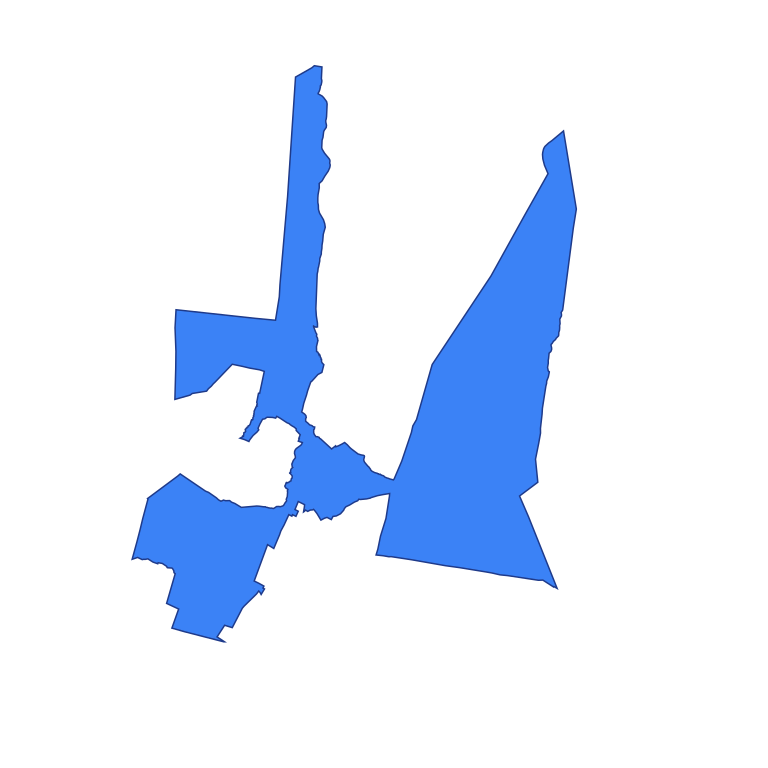 Tianguistenco, México, Mexico, rotated 285°
{"feature_id": "50627088B72172195949550", "entity_name": "Tianguistenco", "entity_type": "district", "adm_level": 2, "iso_a3": "MEX", "parent_name": "Mexico", "parent_adm1": "México", "projection": "robinson", "projection_center": [-99.437, 19.162], "detail": "fine", "context": "isolated", "style": "filled", "palette": "blue", "viewbox_px": 768, "rotation_deg": 285, "n_neighbors": 0, "source": "geoboundaries", "source_scale": "gbopen_adm2", "svg_char_len": 6154}
<svg xmlns="http://www.w3.org/2000/svg" viewBox="0 0 768 768"><g transform="rotate(285 384 384)"><path d="M216.8,420.6L217.9,427.7L218.4,433.4L219.1,435.6L221.4,456.3L224.4,490.3L226.2,504.6L228.9,531.5L229.4,537.3L229.7,545.6L230.9,552.8L234.4,584.0L235.7,588.2L231.8,600.4L232.3,600.6L231.4,604.1L293.1,558.0L310.9,543.9L328.9,558.0L350.6,549.8L366.4,548.8L377.1,547.9L381.7,546.6L395.7,544.5L401.6,543.3L423.9,540.9L426.6,540.9L428.9,540.4L433.5,540.9L438.1,540.6L438.6,540.5L439.1,539.3L442.3,537.7L446.6,537.3L449.4,536.5L451.0,536.4L456.5,535.5L458.6,536.8L460.6,537.0L462.2,536.6L464.9,535.2L466.1,535.4L466.4,535.8L469.0,536.6L471.4,538.2L472.6,538.4L475.6,540.1L476.3,540.1L479.1,539.5L481.4,539.6L484.0,539.1L485.9,538.5L487.7,538.5L492.2,537.0L495.7,537.8L497.2,537.4L499.0,536.6L501.4,537.4L502.0,537.4L583.6,526.5L602.8,524.5L674.9,491.9L662.3,483.0L659.4,480.6L655.2,478.0L654.0,477.6L652.3,477.3L648.7,477.4L646.7,477.7L642.5,479.2L636.8,482.4L629.6,488.0L583.5,476.2L516.1,459.4L415.3,425.5L358.0,424.6L351.0,422.7L344.2,423.0L314.1,421.1L295.1,418.4L293.8,417.9L293.8,413.9L294.0,412.9L294.0,411.1L294.4,408.7L295.1,407.6L295.3,406.4L295.2,405.5L295.5,404.8L295.5,404.3L295.9,403.7L295.4,402.7L295.9,401.9L295.7,401.2L296.0,400.7L296.0,398.0L296.6,395.1L297.4,393.5L298.1,393.1L300.1,390.6L300.4,389.8L303.4,385.5L304.8,384.4L305.7,384.0L308.9,383.9L309.6,383.5L309.8,382.8L309.6,380.3L309.7,377.0L312.9,369.2L313.8,367.4L315.8,364.3L317.3,361.1L315.1,358.9L312.5,356.0L310.9,353.7L311.7,353.2L307.7,350.2L314.6,337.0L314.8,335.8L315.6,335.3L315.9,333.3L315.5,331.9L317.2,329.8L318.7,328.7L321.8,327.9L322.5,328.4L324.5,328.2L324.4,326.6L325.0,325.6L325.2,324.7L325.3,322.7L326.5,320.7L327.7,318.0L330.2,317.3L331.5,317.6L333.3,316.7L334.4,315.1L335.7,311.7L338.2,311.8L344.6,311.5L353.1,312.0L357.7,312.0L366.9,312.7L368.1,313.6L376.1,317.7L379.1,321.0L387.1,320.9L388.3,318.9L389.4,317.9L391.6,317.3L391.6,316.8L392.4,316.6L393.3,316.0L393.6,315.4L394.4,315.2L395.9,314.1L396.0,313.9L395.3,313.7L397.0,312.4L397.7,311.7L397.9,310.5L402.6,309.1L409.1,308.9L409.3,308.6L411.1,307.9L412.7,306.4L414.7,306.2L415.8,305.0L421.2,301.1L421.7,301.0L421.4,302.2L421.3,303.6L421.9,305.0L425.5,304.0L432.3,301.0L439.1,298.7L473.0,291.0L475.6,290.9L479.0,290.4L479.9,290.5L486.2,290.1L488.5,289.5L493.3,289.8L495.3,289.3L499.0,288.9L502.1,288.2L506.2,287.8L512.9,286.6L520.2,286.7L523.4,285.3L527.0,283.0L532.4,277.5L535.7,275.5L539.7,274.3L542.2,273.1L546.7,271.9L549.9,271.3L556.8,270.7L560.9,269.5L564.2,271.6L569.4,273.0L575.1,275.0L578.8,275.6L580.9,275.5L582.2,275.1L583.2,274.4L585.3,274.1L586.3,273.7L587.3,272.8L591.6,266.8L594.8,263.5L596.1,262.7L603.4,261.1L606.5,261.2L612.2,260.4L613.8,260.7L616.8,261.8L619.0,261.5L621.9,260.0L623.6,259.5L625.1,259.6L627.4,259.3L639.7,256.6L641.9,255.5L645.0,251.6L646.1,249.8L647.3,245.2L648.3,245.2L649.5,245.6L651.5,245.8L654.6,245.7L655.3,245.3L656.6,245.9L659.8,245.7L661.3,245.3L662.7,244.5L674.2,242.0L673.4,234.3L670.8,232.5L657.6,219.1L540.4,242.3L453.0,257.8L441.1,260.3L417.5,262.7L414.1,242.6L401.9,163.9L384.2,167.6L361.6,174.6L345.1,178.8L315.0,186.0L323.1,199.6L325.2,201.2L331.2,214.5L334.0,215.6L337.3,217.8L340.1,219.1L342.0,220.3L363.8,232.3L364.4,242.8L364.6,250.1L365.5,260.2L365.2,265.1L342.8,266.3L342.6,265.2L342.0,265.2L333.4,265.8L331.8,266.8L330.8,266.5L330.2,266.6L329.9,267.2L329.0,266.4L324.1,265.6L322.3,266.1L321.5,266.0L320.6,266.4L319.8,266.1L318.9,266.5L317.7,266.1L315.6,266.5L315.3,266.3L315.2,265.4L314.9,265.3L310.4,265.1L308.9,264.5L308.5,263.8L308.2,263.6L307.3,263.7L306.7,262.9L306.1,263.0L305.7,262.4L305.0,262.3L304.5,261.8L304.2,261.7L302.5,262.6L301.6,262.3L300.8,261.3L298.2,261.7L297.2,261.0L296.9,261.6L294.4,259.0L294.2,263.7L293.5,268.4L295.4,268.8L300.4,270.9L304.6,273.7L307.3,274.9L308.6,273.8L313.3,274.5L318.5,275.8L319.6,278.0L321.3,279.3L321.7,279.8L322.9,285.2L323.0,288.2L325.0,288.8L324.2,292.1L321.5,300.2L321.1,302.9L320.5,303.8L319.8,305.8L319.1,308.4L318.0,310.8L316.4,311.2L313.3,316.2L309.6,315.8L309.6,316.3L306.6,316.0L306.3,320.3L304.4,320.0L303.3,319.5L299.0,316.0L297.7,315.4L295.9,315.1L293.8,315.5L291.3,317.0L289.8,317.5L286.7,316.2L282.8,315.7L280.0,316.9L279.8,317.4L277.6,316.2L275.3,316.3L274.6,316.8L273.7,315.9L273.4,316.0L273.2,316.7L271.8,318.8L270.6,319.4L269.2,319.5L268.5,319.0L266.3,319.2L265.9,318.5L264.9,318.0L264.4,317.2L263.7,316.7L263.7,315.5L263.6,315.2L263.3,315.1L263.0,315.5L262.6,315.0L261.1,314.9L259.8,314.6L259.1,315.0L258.5,315.9L257.9,316.4L257.7,317.6L257.3,318.5L255.6,318.3L254.9,318.8L250.2,319.7L247.3,319.4L246.3,320.0L245.6,320.1L243.9,319.3L241.0,318.5L240.0,317.8L238.6,315.5L238.5,314.1L237.8,311.9L235.9,310.3L235.1,309.4L235.0,307.3L234.7,306.6L234.5,304.5L234.6,302.9L234.4,302.2L234.7,301.1L234.3,299.9L233.7,295.2L233.2,292.7L227.9,278.1L230.0,270.9L230.4,267.3L231.3,265.4L231.4,264.9L230.3,261.3L230.3,258.9L229.6,258.2L228.6,256.8L229.3,254.1L230.7,251.5L233.9,242.6L234.3,239.4L244.4,210.4L241.7,208.6L212.1,185.2L211.6,185.8L191.7,185.8L180.2,186.1L167.7,186.2L149.5,186.1L152.7,190.9L151.8,195.9L152.6,197.5L152.7,198.5L154.0,201.2L152.2,206.9L151.8,212.0L152.9,212.1L153.3,216.3L151.6,221.3L150.6,222.0L150.5,222.6L151.3,226.6L151.1,227.4L149.2,229.3L147.4,230.0L146.7,231.4L115.8,230.8L113.5,243.9L93.3,242.3L93.1,255.4L93.5,296.0L93.7,296.7L96.5,288.2L109.7,292.5L109.4,300.5L130.8,305.2L133.3,306.4L148.2,315.2L151.6,316.6L150.6,318.2L148.9,319.8L155.1,321.6L155.6,319.9L157.7,320.3L159.1,314.8L160.1,309.6L198.7,313.1L196.6,320.1L211.1,322.1L215.4,322.4L222.1,324.0L233.2,325.9L232.5,329.2L234.1,329.4L233.4,333.2L238.9,334.1L239.7,330.5L248.3,331.6L246.9,338.5L244.7,338.9L239.6,339.4L240.4,340.1L241.9,340.8L241.2,343.3L242.8,345.0L243.2,345.6L243.9,347.6L244.7,348.4L243.8,349.8L241.5,352.8L236.2,358.3L238.9,361.2L240.4,363.5L239.4,368.2L242.9,369.0L244.2,372.1L247.4,375.6L251.6,377.7L253.5,378.0L255.6,379.0L258.3,382.2L262.4,386.1L264.4,388.8L266.2,389.5L266.3,391.0L268.5,396.9L270.3,400.4L270.9,400.9L274.5,406.7L276.8,411.4L279.7,417.8L277.0,418.3L254.7,420.7L236.2,420.0L222.9,420.8L216.8,420.6Z" fill="#3b82f6" stroke="#1e3a8a" stroke-width="1.5"/></g></svg>